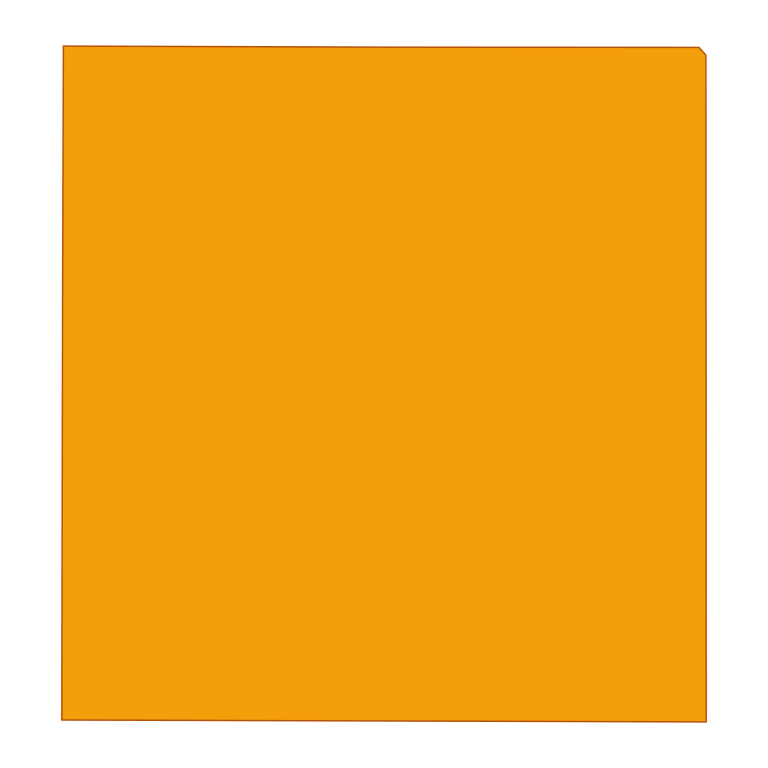 Hall, Nebraska, United States of America
{"feature_id": "52423323B95239642350933", "entity_name": "Hall", "entity_type": "district", "adm_level": 2, "iso_a3": "USA", "parent_name": "United States of America", "parent_adm1": "Nebraska", "projection": "albers", "projection_center": [-98.41, 40.872], "detail": "fine", "context": "isolated", "style": "filled", "palette": "amber", "viewbox_px": 768, "rotation_deg": 0, "n_neighbors": 0, "source": "geoboundaries", "source_scale": "gbopen_adm2", "svg_char_len": 269}
<svg xmlns="http://www.w3.org/2000/svg" viewBox="0 0 768 768"><path d="M706.1,391.7L706.1,382.3L706.0,300.3L706.0,244.2L705.9,55.1L698.9,47.4L398.4,47.2L63.4,46.1L62.6,297.7L61.8,720.0L706.2,721.9L706.1,391.7Z" fill="#f59e0b" stroke="#b45309" stroke-width="1.5"/></svg>